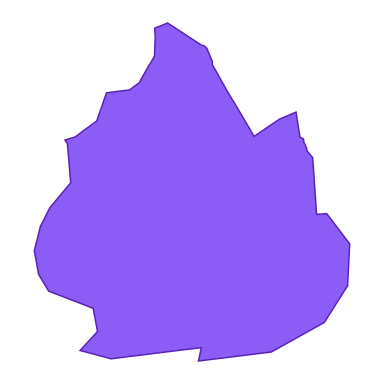 the district of Kings, New York, United States of America
{"feature_id": "52423323B42930074476451", "entity_name": "Kings", "entity_type": "district", "adm_level": 2, "iso_a3": "USA", "parent_name": "United States of America", "parent_adm1": "New York", "projection": "mercator", "projection_center": [-73.962, 40.654], "detail": "fine", "context": "isolated", "style": "filled", "palette": "violet", "viewbox_px": 384, "rotation_deg": 0, "n_neighbors": 0, "source": "geoboundaries", "source_scale": "gbopen_adm2", "svg_char_len": 960}
<svg xmlns="http://www.w3.org/2000/svg" viewBox="0 0 384 384"><path d="M154.7,28.2L155.2,36.9L154.5,56.2L150.1,63.7L148.6,65.8L139.2,82.8L129.5,89.9L106.5,92.8L96.7,121.0L85.5,129.2L75.2,136.9L65.0,140.1L67.4,143.6L70.7,182.8L58.7,197.1L57.1,199.0L53.9,202.9L49.9,207.7L47.7,212.0L47.3,212.8L46.6,214.3L46.3,214.7L45.6,216.2L44.7,217.9L44.2,219.0L40.4,226.4L36.4,242.5L34.3,250.6L38.6,274.3L43.1,281.9L43.7,282.8L48.7,291.2L83.8,304.7L85.1,305.2L93.2,308.4L97.5,331.5L95.0,334.2L80.1,350.5L111.2,358.8L129.3,356.5L149.8,354.0L159.3,352.8L170.0,351.5L185.9,349.5L191.4,348.9L201.3,347.6L198.5,361.0L271.3,352.0L324.4,322.4L347.6,285.7L349.7,243.9L326.7,213.6L316.6,214.4L312.7,157.7L307.1,151.0L306.5,147.9L304.0,142.4L303.4,138.9L300.0,137.3L296.0,112.1L279.5,119.1L254.1,136.4L235.6,104.9L227.7,92.0L214.6,68.6L214.0,67.6L212.3,64.6L212.4,61.6L207.0,48.7L204.8,46.2L200.9,44.8L167.6,23.0L154.7,28.2Z" fill="#8b5cf6" stroke="#5b21b6" stroke-width="1.5"/></svg>